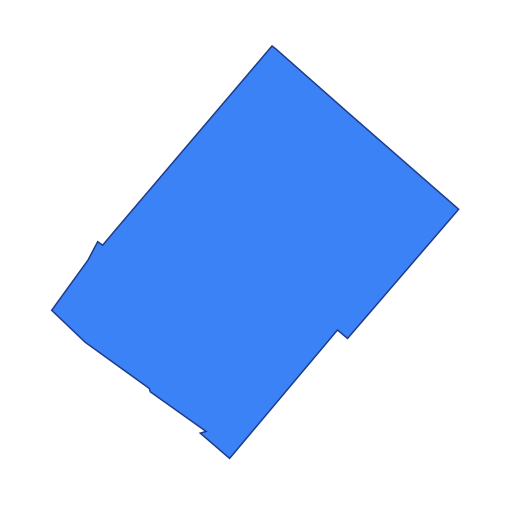 Logan, Ohio, United States of America, rotated 306°
{"feature_id": "52423323B19570537341993", "entity_name": "Logan", "entity_type": "district", "adm_level": 2, "iso_a3": "USA", "parent_name": "United States of America", "parent_adm1": "Ohio", "projection": "robinson", "projection_center": [-83.821, 40.384], "detail": "fine", "context": "isolated", "style": "filled", "palette": "blue", "viewbox_px": 512, "rotation_deg": 306, "n_neighbors": 0, "source": "geoboundaries", "source_scale": "gbopen_adm2", "svg_char_len": 380}
<svg xmlns="http://www.w3.org/2000/svg" viewBox="0 0 512 512"><g transform="rotate(306 256 256)"><path d="M435.2,150.1L435.3,145.5L192.0,126.8L174.6,125.6L174.6,119.5L153.8,122.5L92.0,122.6L85.8,168.6L86.1,247.5L84.0,250.4L84.7,318.7L79.9,315.0L76.7,353.6L244.0,365.4L243.1,378.5L412.9,392.5L426.2,244.7L435.2,150.1Z" fill="#3b82f6" stroke="#1e3a8a" stroke-width="1.5"/></g></svg>